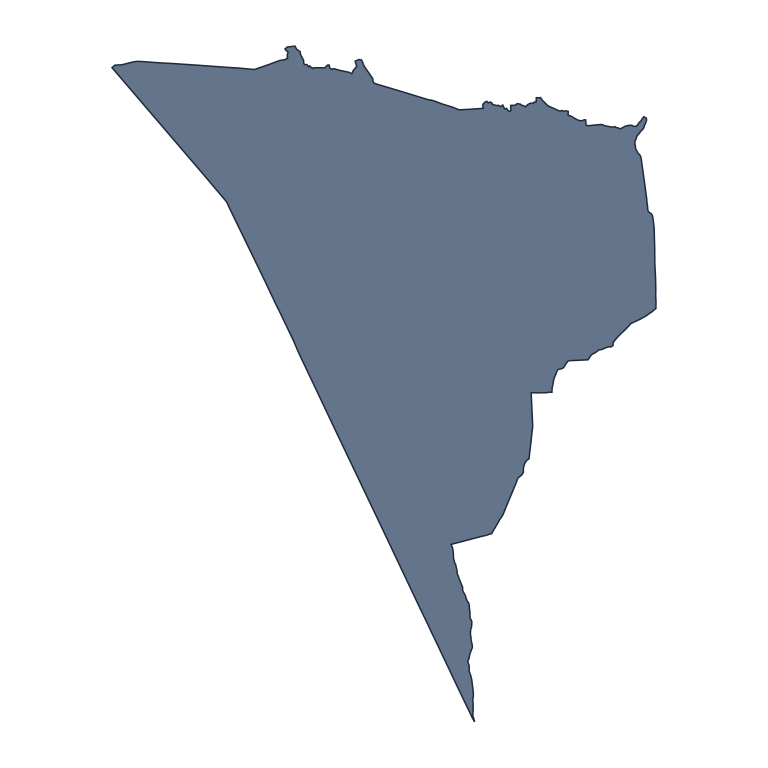 outline of Moyale, Eastern, Kenya
{"feature_id": "3690345B29556459221230", "entity_name": "Moyale", "entity_type": "district", "adm_level": 2, "iso_a3": "KEN", "parent_name": "Kenya", "parent_adm1": "Eastern", "projection": "orthographic", "projection_center": [39.031, 2.902], "detail": "fine", "context": "isolated", "style": "filled", "palette": "slate", "viewbox_px": 768, "rotation_deg": 0, "n_neighbors": 0, "source": "geoboundaries", "source_scale": "gbopen_adm2", "svg_char_len": 6056}
<svg xmlns="http://www.w3.org/2000/svg" viewBox="0 0 768 768"><path d="M470.4,633.6L470.4,633.0L470.6,632.2L470.6,630.1L470.7,629.6L470.7,629.1L470.9,628.7L471.4,627.7L471.6,626.4L471.8,623.2L471.8,621.7L471.8,621.2L471.6,620.9L471.2,620.0L470.6,619.0L470.1,617.7L470.0,616.2L470.0,612.4L469.9,611.6L469.6,609.7L469.3,607.2L469.2,605.5L468.9,603.9L468.7,603.1L468.3,602.4L467.4,601.2L467.1,600.6L466.8,599.9L466.0,598.1L465.8,596.8L465.6,596.1L465.4,595.6L463.3,591.8L462.6,590.3L462.7,588.8L462.6,587.4L462.5,587.0L462.3,586.3L461.0,583.3L459.9,580.5L458.8,577.9L458.5,576.6L457.3,573.9L457.1,572.5L457.0,570.2L456.4,568.3L455.8,565.0L455.5,564.2L454.8,563.0L454.6,562.6L454.4,561.4L453.7,559.0L453.5,557.9L453.5,556.7L453.3,552.7L452.7,548.3L452.2,546.9L451.0,544.4L460.3,542.0L470.5,539.3L473.9,538.4L481.2,536.5L485.6,535.5L488.5,534.6L489.6,534.2L491.7,533.7L492.7,531.7L498.3,522.3L499.4,520.1L500.8,518.2L502.9,514.9L504.9,510.1L506.0,507.2L513.1,490.3L513.6,488.9L515.5,484.6L516.8,481.2L517.7,478.6L517.9,478.2L519.0,477.1L521.4,475.3L522.2,474.4L522.7,473.7L523.1,472.8L523.3,472.2L523.4,471.7L523.4,468.3L523.7,466.9L524.2,465.1L524.8,463.4L525.5,462.1L526.5,460.7L527.9,459.5L529.1,458.8L529.1,458.0L529.3,456.1L531.2,440.3L531.4,437.7L532.6,427.6L532.7,425.6L531.3,395.4L531.3,392.7L536.5,392.9L540.8,392.8L544.2,392.8L546.5,392.7L548.8,392.3L549.6,392.2L551.9,392.3L552.1,388.3L552.3,387.1L552.9,384.5L553.5,380.9L553.7,380.0L554.1,378.5L554.7,376.8L555.4,375.3L555.9,374.1L557.0,371.1L557.6,370.2L558.5,369.4L559.6,369.0L560.9,368.9L561.9,368.6L562.2,368.5L562.9,368.1L563.5,367.6L563.9,367.2L564.4,366.5L566.1,363.5L566.8,362.6L567.9,361.3L568.2,361.0L568.6,360.9L569.5,360.7L570.6,360.6L576.3,360.4L583.6,360.0L588.0,359.8L589.3,358.1L590.2,356.4L590.9,355.4L591.3,355.0L591.9,354.5L592.6,354.1L595.0,352.9L596.2,352.0L597.8,350.7L599.1,349.9L599.8,349.7L601.5,349.6L602.0,349.5L605.5,347.8L607.5,347.2L609.0,346.8L609.6,346.7L610.6,346.9L611.2,346.9L611.6,346.5L612.4,346.0L613.1,345.3L613.1,344.9L613.1,342.7L613.3,342.3L614.9,340.3L616.2,338.7L620.5,334.1L624.1,330.8L627.0,327.9L628.5,326.3L630.6,323.8L631.0,323.5L640.2,319.2L641.4,318.5L643.7,317.2L644.9,316.6L646.8,315.4L649.5,313.4L652.0,311.8L654.4,309.7L655.5,308.8L655.9,308.6L656.0,301.4L655.7,296.1L655.8,288.6L655.6,278.8L655.1,268.7L654.8,262.4L654.7,248.2L654.2,229.1L654.1,227.6L653.6,223.4L652.9,217.9L652.6,216.2L652.2,214.9L651.9,214.5L650.9,213.4L648.8,212.0L648.5,211.7L648.1,211.0L647.9,210.6L647.7,208.3L647.4,204.8L647.1,203.2L646.8,200.8L646.8,199.4L645.6,190.8L645.1,186.7L642.9,170.7L642.6,168.7L642.3,166.8L641.2,158.6L640.8,157.1L640.2,155.5L639.5,154.6L638.2,153.3L637.9,152.9L635.7,148.8L635.5,147.8L635.4,145.9L635.1,144.6L634.9,143.1L634.9,141.9L635.1,141.2L636.2,138.5L636.8,136.4L637.5,135.3L639.8,132.9L640.4,131.6L641.6,130.5L642.9,129.2L643.7,127.9L644.1,127.0L644.4,125.4L644.6,124.9L645.2,124.2L645.4,123.6L646.0,122.0L646.5,120.5L646.6,120.1L646.5,119.1L646.3,118.0L645.0,117.5L643.9,116.7L642.6,118.3L640.8,121.1L639.9,122.0L639.5,122.0L636.9,125.9L635.2,126.4L634.0,126.4L631.9,125.4L630.2,125.2L627.6,125.6L625.3,126.2L621.2,128.4L620.2,128.8L619.7,128.6L617.4,127.7L616.5,127.7L615.7,127.3L615.0,126.6L613.0,127.1L610.7,126.9L608.3,126.4L605.8,126.0L604.1,125.5L603.3,125.2L603.1,124.9L601.4,124.5L599.3,124.6L598.6,124.7L594.0,125.1L589.9,125.6L588.4,125.7L586.7,125.5L586.1,125.0L585.8,122.2L585.6,119.8L584.4,119.8L581.9,120.6L580.3,120.8L578.0,120.1L574.0,118.0L571.6,116.4L569.4,115.5L569.0,115.7L568.5,115.6L568.0,115.1L568.0,114.2L568.3,113.2L568.2,111.4L567.6,111.3L567.2,111.1L566.2,110.8L564.7,111.2L563.6,111.1L563.0,110.8L561.9,110.5L561.4,110.6L560.5,111.0L559.6,111.0L557.4,110.1L553.7,108.4L549.0,106.3L547.5,105.4L545.4,103.3L544.0,101.8L542.2,100.2L541.7,99.3L541.5,98.6L540.3,97.5L539.8,97.6L539.1,97.8L538.5,97.8L537.8,97.7L536.3,97.7L536.2,99.3L536.2,101.5L536.1,102.0L535.6,102.1L534.6,102.0L534.0,102.2L533.6,102.6L533.5,103.0L533.1,103.3L532.6,103.3L532.2,103.2L530.8,103.1L529.4,103.8L528.3,104.2L526.7,105.5L525.8,106.6L525.1,106.6L523.5,105.7L521.4,105.1L520.5,104.2L517.1,103.6L515.4,105.2L510.7,105.4L510.8,110.7L510.2,111.1L509.5,111.2L508.6,110.9L507.9,110.3L506.7,108.4L504.6,108.9L502.8,105.1L500.8,106.6L498.3,105.3L497.0,105.6L494.3,104.9L492.9,104.6L492.0,103.9L492.2,103.4L490.5,102.0L488.3,102.8L486.9,101.4L485.5,101.7L482.8,104.3L482.7,105.7L483.3,108.3L469.4,109.3L459.1,109.8L452.7,107.2L442.6,104.1L433.8,100.8L430.1,99.8L429.6,100.1L412.3,94.8L376.4,84.0L373.8,83.0L372.7,80.3L372.9,78.8L364.1,66.0L362.1,61.0L361.3,59.8L358.9,59.5L355.1,61.2L356.7,66.5L353.4,70.2L351.8,73.7L349.0,72.3L340.0,70.4L333.5,68.6L331.6,69.4L330.2,68.4L329.3,66.3L329.1,65.0L327.6,65.1L326.9,65.6L326.7,66.1L326.3,66.2L325.6,67.0L325.1,67.8L314.3,67.7L313.2,68.6L312.0,67.6L311.4,67.6L309.7,65.9L308.6,66.7L306.9,64.6L304.6,64.5L303.8,63.6L303.6,60.3L300.6,54.7L300.2,51.7L296.6,49.2L295.0,46.1L287.2,47.0L285.0,49.0L286.2,50.6L287.8,51.7L287.9,53.2L287.3,54.5L287.3,56.9L287.7,58.2L284.4,59.8L279.9,60.4L269.1,64.4L254.4,69.5L238.2,68.0L225.0,67.2L197.8,65.2L170.7,63.4L159.3,62.8L148.6,62.0L139.4,61.4L136.4,61.4L132.1,62.2L122.2,64.7L120.1,65.0L118.7,64.9L114.8,65.2L112.0,67.7L203.2,174.2L226.6,201.9L229.0,207.1L231.6,212.5L262.9,276.9L276.7,306.0L279.6,311.7L290.7,334.9L293.4,340.5L298.7,352.9L341.2,442.5L383.5,531.2L420.0,608.3L427.4,623.5L430.9,631.1L437.9,645.6L440.9,652.1L446.7,664.2L449.5,670.0L452.0,675.5L465.9,704.5L469.8,712.5L472.3,717.9L474.6,721.9L474.5,721.3L474.1,719.7L473.6,718.0L473.1,716.8L472.8,715.3L472.9,713.9L472.8,713.3L473.1,711.3L473.2,705.2L473.1,703.1L472.8,700.0L473.2,697.1L473.4,694.8L473.3,692.2L473.1,690.8L472.8,687.8L472.5,686.0L472.3,684.3L471.8,680.0L470.8,675.7L469.3,671.6L469.2,665.8L469.1,665.3L468.3,663.3L468.0,661.6L468.0,660.8L468.0,660.4L468.9,658.7L469.1,658.2L469.5,655.8L469.8,654.4L471.2,650.4L471.8,649.0L472.3,647.6L472.4,647.2L472.4,646.1L471.1,639.7L470.9,636.8L470.8,636.2L470.5,634.7L470.4,633.6Z" fill="#64748b" stroke="#1e293b" stroke-width="1.5"/></svg>